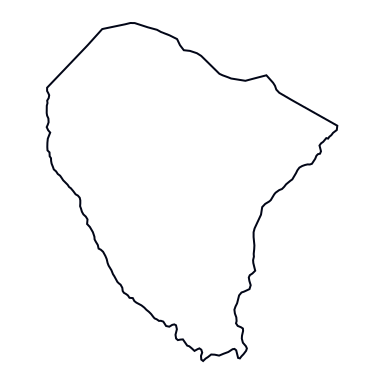 outline of São Domingos do Araguaia, Pará, Brazil
{"feature_id": "56859067B37534389991606", "entity_name": "São Domingos do Araguaia", "entity_type": "district", "adm_level": 2, "iso_a3": "BRA", "parent_name": "Brazil", "parent_adm1": "Pará", "projection": "equal_earth", "projection_center": [-48.722, -5.682], "detail": "fine", "context": "isolated", "style": "outline", "palette": "ink", "viewbox_px": 384, "rotation_deg": 0, "n_neighbors": 0, "source": "geoboundaries", "source_scale": "gbopen_adm2", "svg_char_len": 2773}
<svg xmlns="http://www.w3.org/2000/svg" viewBox="0 0 384 384"><path d="M337.3,125.7L293.6,101.1L290.8,99.5L279.3,92.8L276.3,89.6L275.0,85.8L273.1,82.8L266.4,75.3L252.9,78.8L245.4,80.8L231.1,78.5L228.1,77.3L222.6,75.3L219.4,73.8L201.2,55.9L196.9,53.2L190.0,50.9L183.8,50.2L180.0,45.2L177.1,39.1L169.5,35.3L161.0,32.0L157.0,29.8L147.8,27.3L134.8,23.1L130.4,23.0L125.1,24.3L103.9,28.7L102.2,29.1L87.4,45.5L47.1,87.7L47.1,91.0L48.2,93.0L49.2,95.2L48.7,98.1L47.2,100.6L47.5,103.1L46.8,105.7L46.7,113.0L47.1,115.6L48.4,118.5L48.6,122.3L47.7,124.9L46.7,127.1L48.2,130.3L50.2,132.6L49.2,135.1L47.8,138.7L47.4,142.8L47.3,147.0L47.5,150.4L49.5,152.4L49.7,156.3L51.0,158.2L51.1,160.9L51.6,163.6L53.0,167.1L53.8,169.4L56.1,171.4L57.8,174.0L60.1,175.7L61.5,177.7L63.2,180.3L67.6,184.7L69.2,187.1L70.8,188.2L73.4,191.3L75.6,194.3L77.9,195.6L79.7,197.7L80.3,200.3L80.3,203.3L80.1,206.2L81.0,208.6L81.9,211.7L83.4,214.4L85.8,216.6L87.5,219.4L87.1,224.0L89.9,227.0L92.9,232.2L94.4,236.7L94.6,239.4L95.8,241.7L97.8,245.0L98.6,248.6L100.8,249.7L103.1,251.8L105.4,256.0L106.7,259.1L107.6,263.0L108.6,265.6L111.4,270.2L113.0,274.2L114.3,276.2L117.4,281.9L118.9,283.4L120.6,284.7L122.3,287.8L122.7,291.0L123.9,292.8L126.0,294.0L127.9,295.4L129.5,297.8L132.8,298.1L134.3,301.0L136.3,302.6L141.5,305.4L144.3,307.6L146.4,309.8L148.9,311.8L151.1,314.0L153.3,316.9L154.6,318.4L156.7,319.3L159.0,320.9L160.9,320.8L163.3,321.6L164.7,323.8L166.1,326.0L169.3,326.7L172.2,324.9L174.3,324.4L176.0,325.3L176.9,329.2L175.5,334.8L176.1,338.5L177.9,340.1L180.4,339.6L182.9,339.4L185.6,343.3L187.2,345.6L189.3,346.3L191.6,348.2L194.5,350.9L197.5,349.2L199.4,348.4L201.3,349.7L202.2,352.6L201.0,355.9L201.3,359.6L203.1,361.0L205.7,358.5L207.9,357.1L211.2,354.5L214.8,354.7L219.1,355.6L223.4,353.8L228.3,352.0L232.6,349.2L234.5,348.9L236.2,350.3L238.1,357.9L239.9,358.4L241.4,356.4L243.5,354.2L246.1,350.8L246.9,348.4L245.9,346.2L242.9,342.7L241.8,338.6L242.0,335.7L243.1,330.9L242.9,328.5L240.9,327.2L237.7,325.9L236.0,323.3L236.6,321.1L236.3,317.3L234.9,313.5L234.4,309.7L235.5,306.5L237.1,303.3L239.1,295.4L241.5,292.5L244.1,291.6L249.5,289.1L250.7,285.2L249.4,281.0L248.8,277.5L249.8,275.2L252.4,273.5L255.2,270.7L253.3,263.0L253.1,260.1L253.9,256.7L253.7,253.9L254.2,249.2L254.4,245.4L253.6,237.1L253.6,232.2L254.6,228.4L261.0,214.7L262.2,207.1L265.2,203.9L269.2,201.5L270.8,200.1L274.2,194.4L275.6,192.7L279.2,190.1L282.0,189.0L284.1,186.9L286.1,184.3L290.2,180.9L292.3,179.4L296.1,173.0L297.4,170.3L299.4,167.6L302.2,166.0L305.0,165.0L307.6,164.4L309.8,164.5L311.9,163.8L315.2,158.8L316.4,155.8L317.9,154.2L320.0,153.7L321.0,151.3L319.5,145.5L321.0,143.4L323.2,141.8L326.3,138.1L328.1,138.6L329.3,136.8L331.3,135.2L333.1,132.8L336.8,130.0L337.3,125.7Z" fill="none" stroke="#020617" stroke-width="2"/></svg>